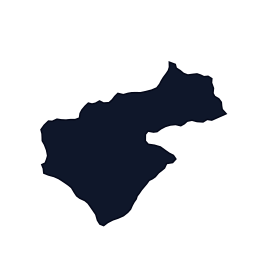 the district of Ascurra, Santa Catarina, Brazil, rotated 310°
{"feature_id": "56859067B70069484893186", "entity_name": "Ascurra", "entity_type": "district", "adm_level": 2, "iso_a3": "BRA", "parent_name": "Brazil", "parent_adm1": "Santa Catarina", "projection": "albers", "projection_center": [-49.389, -26.969], "detail": "fine", "context": "isolated", "style": "filled", "palette": "ink", "viewbox_px": 256, "rotation_deg": 310, "n_neighbors": 0, "source": "geoboundaries", "source_scale": "gbopen_adm2", "svg_char_len": 1682}
<svg xmlns="http://www.w3.org/2000/svg" viewBox="0 0 256 256"><g transform="rotate(310 128 128)"><path d="M202.0,194.0L202.8,188.2L205.0,185.6L207.7,182.9L208.7,178.8L207.9,174.1L209.2,170.8L213.4,167.9L216.3,162.9L219.7,160.5L219.1,156.1L216.1,153.2L215.2,149.6L213.8,146.1L211.1,143.5L207.0,139.7L205.5,135.4L205.5,131.2L204.9,126.4L207.1,123.3L205.0,117.3L201.3,120.6L198.0,122.0L194.6,122.4L189.4,122.7L185.4,123.3L182.0,124.1L177.2,124.3L172.1,121.7L167.1,118.1L163.0,114.9L160.1,111.3L157.4,108.2L154.6,105.8L150.5,103.0L148.0,98.0L143.7,97.6L139.5,97.8L135.2,97.2L131.4,93.2L130.4,88.8L126.1,87.2L123.2,85.0L121.6,81.6L117.1,81.1L112.3,81.1L108.5,81.9L104.4,84.4L100.4,82.1L97.6,78.7L94.2,75.4L91.3,71.6L89.1,67.9L84.4,65.7L82.2,62.6L76.3,62.0L70.8,62.4L68.4,65.8L65.7,68.3L63.1,70.6L61.6,74.7L58.7,79.9L55.1,84.3L51.7,85.8L47.9,87.1L44.5,85.5L42.5,89.2L39.3,92.5L40.9,97.3L43.3,102.5L44.7,107.4L45.2,111.1L45.7,115.7L46.0,119.3L46.0,123.1L44.2,128.2L43.0,132.3L43.2,136.1L44.7,141.7L44.7,145.7L43.8,149.2L42.7,153.2L41.1,158.9L37.7,163.9L36.3,168.2L37.6,172.1L42.5,173.2L47.8,175.4L52.6,178.3L57.9,180.9L63.3,182.0L67.5,182.1L71.6,180.9L75.2,180.2L78.8,179.9L81.7,178.7L85.5,178.5L89.3,178.1L93.1,178.1L97.4,178.1L101.4,177.8L104.8,179.3L108.2,180.2L113.3,180.2L117.4,181.1L120.8,181.7L125.6,180.4L130.2,184.4L135.0,184.6L136.2,180.4L135.1,175.6L134.7,170.8L134.3,165.0L131.8,159.3L128.5,154.0L129.2,149.6L134.3,145.4L138.5,145.3L141.3,150.2L143.9,152.6L148.5,153.7L153.3,155.7L157.5,158.5L161.3,162.2L163.7,167.0L167.4,168.4L171.2,168.9L175.1,172.0L177.3,176.7L180.9,181.6L185.5,183.1L187.9,187.1L202.0,194.0Z" fill="#0f172a" stroke="#020617" stroke-width="1.5"/></g></svg>